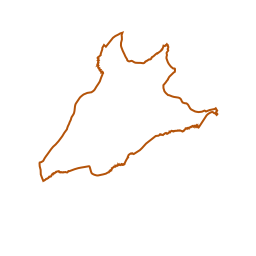 outline of Nong Ki, Buri Ram, Thailand, rotated 34°
{"feature_id": "78962969B963450613013", "entity_name": "Nong Ki", "entity_type": "district", "adm_level": 2, "iso_a3": "THA", "parent_name": "Thailand", "parent_adm1": "Buri Ram", "projection": "equal_earth", "projection_center": [102.596, 14.712], "detail": "fine", "context": "isolated", "style": "outline", "palette": "amber", "viewbox_px": 256, "rotation_deg": 34, "n_neighbors": 0, "source": "geoboundaries", "source_scale": "gbopen_adm2", "svg_char_len": 5655}
<svg xmlns="http://www.w3.org/2000/svg" viewBox="0 0 256 256"><g transform="rotate(34 128 128)"><path d="M70.1,52.1L68.7,53.9L67.8,55.8L66.1,58.8L65.1,61.6L64.2,72.9L63.9,72.8L62.7,72.8L61.7,72.6L61.9,75.9L62.7,77.2L63.8,81.3L64.1,82.2L64.6,82.7L64.1,84.8L63.6,86.0L63.6,86.7L64.2,86.6L64.4,87.2L64.8,87.1L65.0,87.2L65.0,87.8L65.4,88.1L65.3,88.7L65.8,88.6L65.7,89.0L65.9,89.2L66.1,89.6L66.5,89.8L66.4,90.3L66.5,90.5L67.0,90.6L67.0,91.8L67.3,91.7L67.5,92.8L67.7,92.4L67.8,92.3L68.0,92.6L68.4,92.7L68.2,93.1L68.8,93.6L69.3,94.4L70.0,94.8L70.5,94.4L70.9,94.3L71.0,94.4L70.9,95.1L71.1,95.2L71.6,95.4L71.9,95.7L72.6,95.3L72.6,95.8L73.0,95.8L73.3,96.2L74.4,96.0L74.6,96.1L74.8,96.8L74.9,96.7L74.8,96.3L75.2,96.2L75.3,95.7L76.1,95.9L76.3,96.6L76.6,96.4L76.7,96.5L76.6,96.9L77.1,98.9L77.5,101.0L78.6,105.2L78.7,107.9L78.7,111.6L78.9,114.9L78.6,116.6L77.7,118.8L74.6,121.7L73.1,124.0L72.4,125.1L71.7,127.2L71.2,129.1L71.1,130.3L71.1,136.2L71.2,137.7L71.9,139.6L74.1,143.8L74.9,145.8L75.1,147.1L75.2,150.8L76.0,153.2L76.4,156.0L76.8,157.4L77.2,160.3L77.8,162.5L78.1,163.2L77.9,167.6L78.1,171.5L77.8,177.8L77.2,182.2L76.4,185.4L76.1,188.4L75.9,195.5L75.8,197.4L75.8,199.7L76.1,202.7L75.2,204.7L74.1,206.0L74.5,206.9L76.2,209.1L79.0,211.6L81.7,215.3L84.6,217.4L87.3,219.2L87.4,218.9L87.8,218.6L87.9,218.0L88.1,217.9L88.5,216.9L88.6,216.0L89.2,215.5L89.2,215.1L89.6,214.6L89.7,214.2L89.9,214.0L89.8,213.6L90.1,212.8L90.0,212.6L90.3,212.4L90.2,212.1L91.2,211.2L91.1,210.8L91.2,210.4L91.0,209.5L91.1,209.2L91.0,208.6L91.3,207.7L91.6,207.8L91.5,207.3L91.8,206.8L92.4,206.7L92.8,204.7L93.2,204.6L93.3,204.0L94.5,202.7L94.8,202.8L95.1,202.5L95.7,202.9L96.1,202.6L96.3,202.8L96.9,202.4L97.2,202.4L97.5,201.8L98.4,201.6L99.0,200.8L99.2,200.7L99.4,200.8L100.7,199.5L101.0,199.5L102.4,198.9L102.7,198.1L102.7,197.0L103.5,196.6L106.8,192.0L109.2,189.1L111.5,186.8L113.1,185.3L116.8,181.7L117.4,181.4L118.3,181.9L121.8,184.9L123.0,185.7L124.1,185.9L126.2,185.6L128.4,184.9L129.6,184.2L133.3,180.4L135.2,178.2L136.2,176.1L136.9,175.5L136.9,175.1L136.8,174.9L136.9,174.7L136.7,174.3L136.8,174.1L137.1,174.2L137.3,173.8L137.1,173.4L137.5,173.3L137.6,173.0L137.5,172.8L137.7,172.6L137.3,172.3L137.4,171.8L137.6,171.7L137.6,171.3L137.5,171.0L137.5,170.2L137.3,170.1L137.6,169.7L137.9,168.1L138.2,168.1L138.5,167.3L138.8,167.0L138.7,166.7L139.2,166.8L139.2,166.0L139.5,165.9L139.7,165.3L140.3,165.3L140.4,165.1L140.5,164.5L140.3,164.0L140.8,164.2L141.1,163.9L141.1,163.3L141.5,163.5L142.0,163.1L142.1,162.9L142.8,162.8L142.9,162.5L142.6,162.2L143.0,161.7L142.9,161.4L143.4,161.2L144.2,161.6L144.5,161.3L144.6,160.6L145.0,160.7L145.3,160.0L145.3,159.8L145.1,159.5L144.7,157.5L144.4,154.8L144.4,153.1L144.5,152.4L144.0,152.3L143.6,149.9L144.3,148.0L144.5,147.6L145.6,147.2L145.6,146.6L147.3,146.4L150.2,139.8L150.8,137.1L151.7,130.8L155.4,119.3L155.6,119.2L155.7,118.9L157.6,117.3L157.7,116.9L158.2,116.1L158.1,115.2L158.5,115.0L158.7,115.3L159.1,115.2L159.3,114.9L159.7,114.9L160.4,114.4L160.9,114.3L161.0,113.7L161.1,113.2L161.4,112.8L161.5,112.0L162.3,110.8L162.9,110.8L163.3,111.1L163.8,110.8L163.7,110.5L164.0,110.4L164.3,109.7L164.3,109.3L164.7,108.8L164.8,108.4L164.6,108.0L165.1,108.0L165.0,107.6L165.3,107.5L165.3,106.9L165.7,106.3L165.7,106.0L166.6,105.6L167.2,105.7L167.5,105.6L167.7,105.4L167.6,105.0L168.0,104.8L168.2,104.4L168.6,104.3L168.9,103.8L170.3,102.9L170.4,102.4L171.2,101.8L171.8,101.8L172.1,101.2L172.5,101.1L172.5,100.9L173.8,100.6L174.3,100.4L174.9,100.5L175.0,100.1L175.5,99.9L175.7,99.6L175.7,99.1L175.9,98.8L175.8,98.2L176.1,97.4L176.1,96.7L176.0,96.2L176.4,96.1L176.3,95.8L176.9,95.2L177.3,95.1L177.4,94.7L177.6,94.7L177.7,94.9L177.8,95.0L178.0,94.6L178.0,94.2L178.3,93.9L178.6,94.0L178.5,93.5L178.9,93.2L179.1,92.5L179.3,92.5L179.4,92.1L179.7,92.0L179.7,91.7L180.0,91.5L180.1,91.1L180.1,90.6L180.6,89.9L181.4,90.1L181.4,90.5L181.5,90.5L181.8,89.9L182.2,89.8L182.1,88.8L182.4,88.7L182.5,88.5L183.0,88.0L183.2,88.4L183.3,87.8L183.5,88.0L183.6,87.8L183.9,87.6L184.1,87.9L184.2,87.3L184.5,87.7L184.7,87.3L184.8,87.3L185.1,87.6L185.1,87.9L185.4,88.0L185.4,88.3L185.7,88.3L185.8,88.1L186.2,88.2L186.3,88.0L186.1,73.6L186.5,71.8L187.1,70.3L188.1,68.4L189.0,67.6L189.5,67.4L191.2,67.5L192.2,67.1L194.2,67.6L194.3,66.5L192.2,65.8L192.2,64.5L191.9,64.4L192.1,63.7L189.7,62.6L189.3,63.7L185.6,67.5L183.4,70.7L182.6,70.6L181.7,70.8L180.2,73.1L177.7,75.3L175.6,76.3L174.2,76.8L170.0,77.3L168.5,77.0L164.7,75.1L163.2,74.9L162.7,74.9L161.0,75.8L159.0,76.3L157.4,75.6L155.9,74.6L154.1,74.3L152.6,74.7L148.8,76.5L147.0,77.1L143.8,77.8L142.8,78.3L140.0,77.9L137.7,77.2L135.0,75.0L133.4,72.7L133.8,69.1L133.8,67.5L134.0,65.4L133.8,65.2L133.6,62.4L134.6,57.6L134.8,56.6L135.4,55.2L134.4,53.4L133.8,52.7L133.4,52.6L132.3,53.4L129.6,53.2L127.8,52.7L125.6,51.9L124.0,51.0L121.4,49.1L120.8,48.6L120.2,47.6L119.9,46.9L119.7,46.2L119.4,45.6L118.4,44.7L118.0,44.1L117.9,43.0L118.0,41.9L118.0,41.3L117.7,40.9L116.7,40.4L116.5,38.9L116.2,38.5L115.8,38.0L115.3,38.0L115.2,37.6L114.6,37.0L114.0,37.1L113.3,36.8L113.1,38.4L112.9,38.4L112.7,39.5L111.4,39.9L111.9,41.3L112.5,43.8L112.0,44.0L112.1,46.0L111.6,47.0L111.3,48.1L110.7,49.8L110.3,49.7L109.7,51.4L109.1,54.0L108.6,55.3L108.3,55.6L108.3,56.4L108.2,56.9L108.5,57.4L108.4,58.1L108.1,58.7L107.6,59.1L107.2,59.2L106.9,59.7L106.9,60.0L106.5,60.6L106.4,61.2L106.1,61.8L105.7,62.1L105.5,62.9L105.5,63.2L105.2,63.5L105.3,63.8L105.1,64.8L104.9,65.2L104.4,65.8L102.0,67.0L99.7,68.5L97.7,69.7L96.6,70.0L94.2,70.1L93.3,70.4L91.9,72.0L91.2,72.3L90.6,72.4L89.6,72.3L88.9,71.6L85.9,70.2L84.0,69.0L80.4,66.9L77.0,64.5L76.0,63.5L74.6,61.3L73.5,58.1L71.8,55.7L71.0,54.9L70.4,53.4L70.1,52.1Z" fill="none" stroke="#b45309" stroke-width="2"/></g></svg>